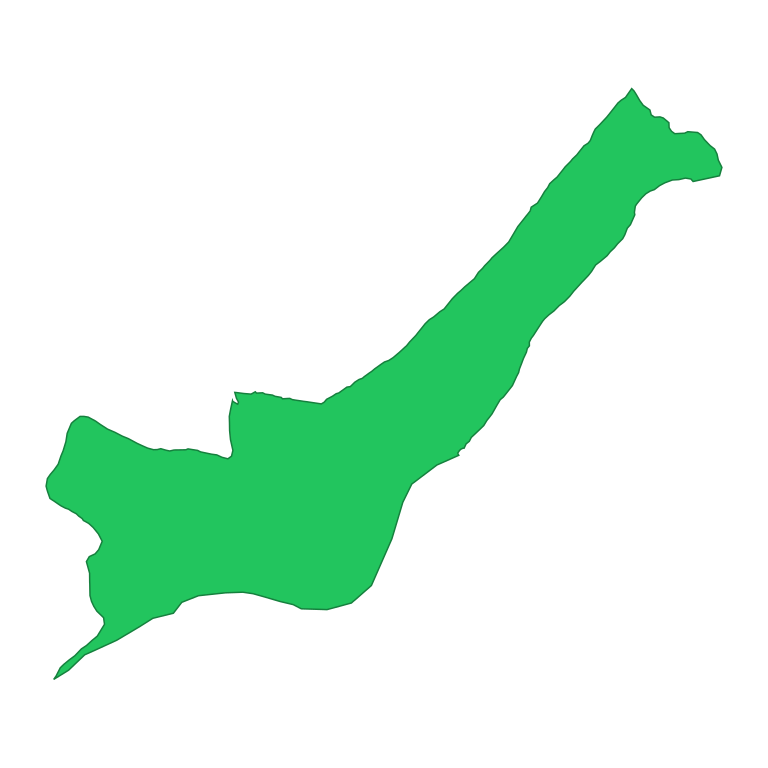 Ibi, Taraba, Nigeria (Robinson projection)
{"feature_id": "59680162B80393484388201", "entity_name": "Ibi", "entity_type": "district", "adm_level": 2, "iso_a3": "NGA", "parent_name": "Nigeria", "parent_adm1": "Taraba", "projection": "robinson", "projection_center": [9.855, 8.395], "detail": "fine", "context": "isolated", "style": "filled", "palette": "green", "viewbox_px": 768, "rotation_deg": 0, "n_neighbors": 0, "source": "geoboundaries", "source_scale": "gbopen_adm2", "svg_char_len": 4196}
<svg xmlns="http://www.w3.org/2000/svg" viewBox="0 0 768 768"><path d="M631.7,88.6L625.8,97.0L625.4,97.5L621.2,100.2L618.1,102.8L611.9,110.7L608.8,114.6L606.7,117.2L599.4,125.0L595.3,129.0L593.8,132.0L592.3,135.4L590.5,140.0L590.3,140.5L588.2,143.1L586.7,144.1L584.0,145.8L580.9,149.7L578.8,152.3L577.9,153.5L576.8,154.9L572.6,158.9L570.5,161.5L565.3,166.7L563.3,169.3L560.2,173.2L557.1,177.1L553.9,179.8L549.7,183.7L547.7,187.6L544.6,191.5L541.6,196.6L537.5,203.1L531.2,207.2L530.2,211.0L527.1,214.9L525.6,216.7L525.5,216.9L524.0,218.8L520.9,222.7L517.8,226.6L514.8,231.7L508.7,242.0L503.5,247.3L496.2,253.9L492.0,257.8L489.9,260.4L484.7,265.7L482.6,268.3L480.9,270.0L478.5,272.3L474.4,278.7L471.2,281.4L464.9,286.7L460.7,290.7L457.6,293.3L452.4,298.6L449.3,302.5L446.2,306.4L444.1,309.0L439.9,311.7L433.6,317.0L430.4,319.0L429.3,319.7L425.2,323.7L422.1,327.6L417.9,332.8L415.9,335.4L409.6,342.0L406.5,345.9L405.5,346.7L400.5,351.3L399.2,352.5L392.9,357.8L388.7,360.5L384.4,362.0L380.9,364.4L374.9,368.7L371.7,371.4L369.3,373.0L364.2,376.7L362.4,378.3L359.0,379.5L354.8,382.2L350.3,386.6L346.9,387.1L338.7,393.0L336.2,393.7L332.5,396.2L326.6,399.3L324.2,402.2L321.3,403.9L306.5,401.7L303.2,401.3L302.1,401.1L300.1,400.8L295.9,400.2L292.3,399.6L289.8,398.4L287.4,398.5L282.5,398.8L281.2,397.4L275.0,396.3L272.5,395.1L265.2,394.1L262.7,392.8L256.5,393.1L255.3,391.8L251.1,394.1L243.7,393.5L236.0,392.5L234.8,392.4L235.2,393.8L236.5,398.4L238.5,402.1L237.7,404.2L235.1,402.8L232.7,401.3L232.5,400.7L230.7,408.9L229.3,416.4L229.5,423.1L229.6,430.5L230.5,439.7L232.9,450.4L231.5,456.2L227.9,458.8L222.0,457.3L216.8,454.9L211.6,454.2L200.6,451.9L197.6,450.4L192.4,449.6L188.0,448.9L185.8,449.8L180.7,449.9L174.1,450.0L169.7,451.0L166.0,450.2L160.8,448.7L157.2,449.6L153.5,449.7L147.6,448.1L142.4,445.8L137.2,443.4L128.3,438.6L122.4,436.2L114.9,432.3L107.5,429.1L100.1,424.3L95.6,421.1L88.2,417.1L83.8,416.4L80.1,416.4L74.3,420.7L71.4,423.3L69.3,428.3L67.2,433.3L65.9,441.7L63.1,450.9L61.0,455.9L58.2,464.2L53.9,470.2L50.3,474.4L47.4,478.6L46.1,486.1L47.0,489.6L47.7,491.9L50.0,498.5L54.2,501.2L57.5,503.5L60.9,505.8L65.3,508.1L68.6,509.2L72.0,511.5L76.4,513.8L78.7,516.1L82.1,518.5L82.4,518.9L83.4,520.5L84.8,521.2L88.7,523.4L93.1,527.4L98.4,533.9L102.2,541.3L98.7,549.7L95.1,553.9L89.3,556.6L86.4,561.6L89.6,573.2L89.7,582.2L89.8,583.9L90.0,595.6L91.5,601.3L93.8,606.3L96.9,611.2L103.6,617.7L104.5,624.3L97.3,636.1L92.2,640.3L86.5,645.5L81.4,648.9L74.9,655.7L69.1,660.0L64.0,664.2L60.4,667.6L56.1,676.0L53.7,679.4L68.6,670.2L84.7,654.8L93.7,650.8L116.8,640.2L140.0,626.4L152.8,618.3L173.4,613.2L181.8,602.3L198.5,595.7L225.6,592.8L242.8,592.2L253.1,593.7L264.8,597.0L280.1,601.5L293.2,604.6L301.3,608.8L321.4,609.4L327.0,609.6L340.0,606.1L345.1,604.7L351.4,603.0L353.4,601.2L354.9,600.0L361.6,594.1L371.4,585.5L381.4,562.7L391.9,538.8L402.8,502.3L411.8,484.0L416.1,480.8L421.2,476.9L424.8,474.2L436.9,465.0L441.7,462.9L457.0,456.1L458.8,455.3L457.9,453.8L457.9,452.8L459.6,450.4L460.9,449.2L461.7,448.8L463.0,448.2L464.1,448.2L466.1,443.9L469.3,441.3L471.3,437.4L475.5,433.5L479.7,429.5L483.8,425.5L486.9,420.4L489.0,417.8L492.0,413.9L497.1,404.9L500.2,399.7L503.3,397.1L505.4,394.5L512.4,385.6L516.6,376.4L518.6,372.6L519.5,368.8L521.5,363.7L523.4,358.6L526.4,352.2L527.3,348.4L529.4,345.8L529.3,342.1L531.3,338.2L533.3,335.6L537.4,329.2L542.5,321.4L544.6,318.8L548.8,314.9L551.4,312.9L554.0,310.9L559.2,305.6L564.5,301.6L569.7,296.3L573.8,291.1L582.2,281.9L583.3,280.8L588.4,275.4L591.5,271.5L595.6,265.0L600.8,261.0L607.1,255.7L610.2,251.8L614.4,247.8L617.5,243.9L622.7,238.7L624.8,234.8L627.3,228.2L630.4,224.7L634.8,214.8L634.4,212.4L635.3,206.2L636.5,204.3L637.5,203.0L641.7,197.8L645.8,193.8L650.1,191.1L654.4,189.6L659.6,185.6L664.9,182.8L672.4,180.0L678.9,179.6L685.4,178.1L690.9,179.0L693.1,181.5L719.5,175.8L721.9,167.4L718.3,160.1L717.0,154.0L714.6,149.1L710.1,145.6L707.8,143.2L704.4,139.6L701.0,134.8L697.6,132.5L687.8,131.7L684.6,133.2L680.2,133.4L674.8,133.7L671.5,131.3L669.1,127.7L668.9,122.7L663.3,118.0L660.0,116.9L654.6,117.2L651.2,114.9L649.9,110.0L646.5,107.6L643.2,105.3L639.7,100.5L636.2,94.4L633.9,90.8L631.7,88.6Z" fill="#22c55e" stroke="#15803d" stroke-width="1.5"/></svg>